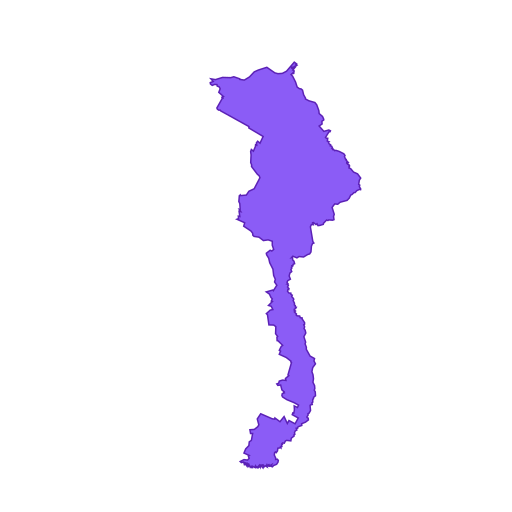 Santa Ana, Magdalena, Colombia (Robinson projection), rotated 119°
{"feature_id": "7082276B74348291748480", "entity_name": "Santa Ana", "entity_type": "district", "adm_level": 2, "iso_a3": "COL", "parent_name": "Colombia", "parent_adm1": "Magdalena", "projection": "robinson", "projection_center": [-74.196, 9.504], "detail": "fine", "context": "isolated", "style": "filled", "palette": "violet", "viewbox_px": 512, "rotation_deg": 119, "n_neighbors": 0, "source": "geoboundaries", "source_scale": "gbopen_adm2", "svg_char_len": 6135}
<svg xmlns="http://www.w3.org/2000/svg" viewBox="0 0 512 512"><g transform="rotate(119 256 256)"><path d="M122.9,381.3L124.1,378.0L126.5,380.1L127.6,379.3L128.0,377.0L126.0,375.4L125.0,373.3L126.2,372.3L125.9,370.2L127.1,368.4L130.9,367.9L132.3,361.8L133.0,362.4L133.8,361.6L134.0,362.5L134.5,361.9L145.5,362.0L146.3,361.0L146.5,359.4L145.8,358.0L146.2,357.3L146.2,325.0L147.5,324.3L148.0,307.7L155.4,307.2L154.8,310.2L156.8,310.5L158.7,309.1L158.9,310.3L160.5,309.6L165.6,309.1L165.1,311.7L167.3,311.3L170.0,309.3L176.9,305.9L178.4,304.0L179.9,303.3L183.9,294.3L184.2,292.3L185.6,290.5L198.1,290.2L202.8,293.6L207.4,294.0L210.8,299.0L210.3,299.4L211.4,299.8L216.7,297.4L218.0,295.6L222.3,292.8L223.1,292.4L223.3,293.2L224.6,290.8L225.1,292.5L229.3,289.3L229.7,290.8L231.8,289.4L233.1,290.5L232.4,282.0L235.9,281.2L236.6,272.5L237.7,270.0L239.4,268.8L239.8,267.2L238.1,262.6L238.9,257.0L236.0,253.2L235.2,248.9L238.7,247.0L241.7,243.7L244.0,244.6L244.1,246.4L248.6,248.3L249.8,247.3L251.8,243.8L255.3,240.7L259.3,234.8L264.5,231.1L267.0,227.8L269.7,227.2L271.5,223.6L277.9,224.0L277.6,224.8L282.4,229.6L282.8,225.8L285.0,222.8L285.6,221.0L288.0,220.8L287.8,219.6L293.2,221.1L292.6,218.3L294.7,215.3L296.4,217.3L301.4,219.0L301.8,217.5L310.0,211.3L307.8,207.0L308.2,204.4L314.5,201.2L315.8,198.1L316.9,198.3L319.8,196.5L319.5,195.6L321.2,189.4L323.0,190.1L327.2,189.9L327.3,188.4L330.7,188.0L330.1,180.4L331.0,174.5L331.8,174.2L332.0,173.3L344.5,170.4L344.8,169.3L348.8,170.9L350.3,169.5L351.7,172.7L354.1,175.0L356.3,174.5L357.8,175.8L358.6,174.2L356.9,171.9L360.6,168.4L361.1,165.6L361.7,165.8L362.0,164.9L363.8,166.3L365.5,165.7L366.4,164.4L366.7,159.4L365.8,151.6L365.8,146.5L368.4,146.3L368.6,149.9L372.0,147.8L375.1,146.8L375.3,147.7L377.2,147.4L377.2,140.5L383.8,140.5L383.9,147.4L387.3,147.4L382.8,153.6L389.3,154.7L388.5,160.9L389.6,160.5L390.5,162.9L391.7,175.4L397.9,175.9L402.3,171.7L404.4,171.7L408.5,173.4L410.9,177.1L413.9,174.7L412.9,172.9L418.7,170.9L419.6,170.7L421.8,171.8L425.3,170.3L429.7,171.5L434.2,171.0L433.7,165.2L434.7,165.7L436.3,163.9L438.6,164.5L439.9,167.8L443.4,170.2L443.8,168.6L442.2,166.9L443.6,165.5L442.3,165.6L442.1,165.1L443.5,164.2L443.0,163.8L442.2,164.4L441.7,163.7L443.3,163.6L444.0,162.3L441.7,162.4L441.5,161.8L443.1,161.7L444.1,160.8L442.3,160.4L443.6,158.6L442.8,158.4L443.0,157.5L442.3,157.8L442.5,156.6L441.6,157.0L441.5,154.7L440.1,154.7L441.3,153.7L440.9,153.3L440.2,153.9L439.8,153.4L439.9,152.7L440.6,152.6L440.4,151.5L439.9,151.3L439.6,152.3L439.0,151.1L438.3,151.9L437.1,151.6L438.4,150.0L437.0,150.5L437.6,148.4L436.2,149.8L435.2,148.6L437.0,146.8L435.1,146.4L435.1,144.3L434.4,145.3L433.3,145.3L433.8,144.7L432.7,143.9L433.8,143.6L433.5,142.4L433.0,142.1L433.2,142.7L432.3,143.0L432.3,142.0L430.8,141.1L432.7,141.0L432.4,139.4L430.8,139.1L428.2,137.0L425.7,136.8L423.9,137.4L423.4,139.0L424.4,140.2L423.1,140.9L421.2,143.5L418.9,144.4L417.9,144.0L418.2,143.0L416.1,142.7L413.5,143.7L412.1,141.8L411.4,142.0L411.6,141.3L411.0,141.7L410.1,141.0L409.0,142.1L408.0,141.6L407.7,142.4L406.7,142.2L406.0,140.5L403.5,140.6L402.4,139.8L400.8,135.9L398.2,136.8L395.0,135.4L394.0,136.1L393.0,135.6L392.1,136.6L390.0,136.9L388.4,135.9L387.2,137.3L386.4,136.1L385.6,136.5L384.5,136.0L382.0,133.8L380.6,134.8L377.4,132.2L374.0,130.7L372.5,131.7L372.5,133.1L371.8,133.5L369.9,133.3L368.7,134.1L367.8,133.4L364.7,133.4L360.6,136.2L359.9,136.2L358.6,134.8L357.4,135.9L356.3,135.5L353.9,136.9L353.1,136.5L351.7,137.1L349.4,136.2L346.1,138.3L345.1,140.0L343.4,140.3L341.0,141.9L338.8,145.0L335.5,146.2L332.2,148.6L330.1,151.0L326.1,152.3L321.5,151.7L319.7,154.4L317.3,155.1L317.3,160.2L313.2,166.8L311.4,167.7L309.0,170.5L307.3,170.8L303.4,175.0L299.2,175.1L297.1,177.0L296.1,178.9L294.4,179.1L293.0,180.9L292.3,180.4L290.8,181.1L288.6,185.2L287.8,185.6L288.5,187.4L287.3,188.7L288.4,191.0L288.1,192.3L287.1,192.5L286.3,195.3L285.0,194.8L284.8,196.4L284.0,196.7L282.8,195.9L281.3,195.9L281.6,196.8L280.3,197.6L280.2,198.7L278.6,199.5L277.0,201.9L275.8,201.9L275.0,202.6L274.2,205.1L272.7,205.3L272.7,206.8L271.6,207.5L272.4,209.2L271.6,211.3L269.9,211.8L269.6,211.3L269.4,211.8L268.6,211.4L267.8,213.4L265.8,213.5L265.6,214.3L264.9,214.5L265.2,215.1L264.7,214.9L264.0,216.1L262.2,216.3L259.6,214.7L257.4,217.3L254.5,218.1L252.3,217.2L250.9,218.9L249.1,218.8L248.7,219.6L247.5,219.3L247.1,219.8L246.7,219.0L245.3,219.5L244.0,218.5L242.1,220.3L241.7,221.9L239.5,223.5L240.1,224.1L238.3,223.7L237.8,219.3L235.6,218.1L233.8,213.9L229.6,211.5L228.2,210.1L225.8,209.9L220.5,212.3L217.8,212.6L216.6,211.7L215.8,213.3L204.1,222.6L201.5,222.8L200.9,221.1L199.4,222.6L198.9,222.0L199.4,218.8L198.2,218.3L199.4,216.5L198.3,215.0L195.7,212.5L194.6,212.8L190.3,211.7L190.1,210.3L189.2,209.9L187.5,206.3L186.4,205.4L183.9,207.3L181.6,207.8L176.6,213.0L172.3,212.4L171.1,209.6L168.2,208.5L163.2,203.3L160.3,202.5L156.8,202.7L155.6,201.8L153.1,201.1L152.5,200.1L149.9,199.5L147.5,197.7L147.3,196.7L146.6,196.9L145.3,199.2L143.7,199.6L143.6,200.9L139.5,202.4L137.1,202.2L134.9,207.0L135.3,211.4L133.7,215.6L133.9,217.4L132.4,217.7L132.3,218.2L131.7,218.0L131.2,218.7L131.3,220.3L130.8,220.3L130.8,221.7L130.1,222.0L129.4,220.9L128.4,223.8L127.8,223.9L127.9,224.6L126.2,226.8L124.9,226.9L124.0,228.8L124.2,234.1L124.9,237.4L125.7,238.2L125.2,239.9L125.7,240.2L125.1,241.6L124.7,241.2L123.3,243.0L123.6,244.5L122.6,244.6L122.4,246.6L121.2,248.0L120.7,247.7L120.9,249.4L118.3,250.3L118.9,251.6L118.6,252.7L112.1,252.4L111.4,251.5L110.4,251.6L110.5,253.4L114.1,257.1L111.7,263.8L108.5,262.2L106.2,263.7L104.2,262.7L103.5,263.1L101.7,265.5L100.8,269.8L98.4,271.5L94.3,276.2L93.2,278.9L94.6,285.0L94.7,288.9L93.9,289.3L91.9,292.5L88.4,295.7L88.0,297.5L88.6,299.2L88.3,301.9L84.7,305.7L81.0,311.1L80.3,313.3L79.4,313.1L78.1,311.6L77.5,312.5L76.6,311.9L75.4,312.7L75.5,314.0L72.6,313.4L74.3,315.2L74.4,315.9L73.6,316.4L72.8,314.9L69.2,312.7L69.0,314.0L68.3,313.7L67.9,316.5L79.6,318.9L83.5,321.5L85.9,325.2L86.7,328.3L85.7,338.0L92.3,344.2L95.8,346.8L102.5,348.5L107.8,351.5L109.4,355.8L108.9,356.1L110.0,362.3L112.3,364.6L116.0,371.8L121.4,377.0L122.9,381.3Z" fill="#8b5cf6" stroke="#5b21b6" stroke-width="1.5"/></g></svg>